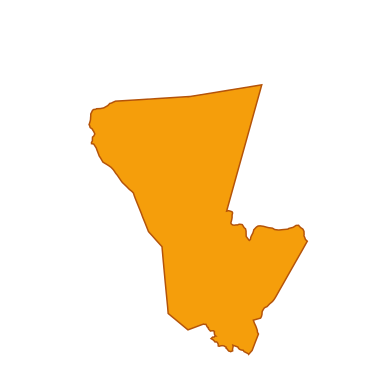 Santa María Temaxcaltepec, Oaxaca, Mexico, rotated 26°
{"feature_id": "50627088B79749806486423", "entity_name": "Santa María Temaxcaltepec", "entity_type": "district", "adm_level": 2, "iso_a3": "MEX", "parent_name": "Mexico", "parent_adm1": "Oaxaca", "projection": "mercator", "projection_center": [-97.173, 16.168], "detail": "fine", "context": "isolated", "style": "filled", "palette": "amber", "viewbox_px": 384, "rotation_deg": 26, "n_neighbors": 0, "source": "geoboundaries", "source_scale": "gbopen_adm2", "svg_char_len": 3019}
<svg xmlns="http://www.w3.org/2000/svg" viewBox="0 0 384 384"><g transform="rotate(26 192 192)"><path d="M147.3,107.6L100.4,134.3L83.4,143.9L81.3,146.4L80.8,147.2L79.9,148.0L79.3,148.4L78.9,149.8L78.4,151.3L75.8,155.1L73.3,157.0L72.3,157.6L69.7,159.0L69.0,160.1L67.7,160.7L66.8,162.1L66.8,166.3L67.7,168.1L68.1,169.2L69.0,171.3L69.4,172.8L70.0,176.7L70.6,176.9L72.2,178.7L74.9,179.2L76.1,180.2L76.9,180.5L79.2,182.4L79.2,184.7L78.5,186.3L80.1,189.9L79.9,191.5L80.3,192.1L80.5,192.6L82.6,192.0L86.6,194.4L88.1,195.9L89.1,196.8L92.8,200.3L95.3,201.8L96.3,202.5L98.9,204.2L103.5,204.6L105.4,204.8L108.4,205.3L110.3,206.0L111.6,206.5L113.2,207.4L115.2,208.6L117.6,209.7L119.7,210.9L123.0,212.8L124.1,213.4L125.3,214.0L130.6,215.7L134.5,217.1L137.7,217.8L139.8,218.6L141.7,220.6L143.8,222.6L155.9,233.5L158.8,236.3L163.3,240.3L170.2,246.6L171.5,247.2L175.6,248.8L180.6,250.9L189.0,254.3L195.8,265.6L207.1,284.2L220.6,306.2L223.8,311.6L224.9,311.9L235.7,314.5L248.8,317.7L257.5,308.5L260.3,305.6L261.0,305.6L262.5,304.8L264.3,306.2L265.1,306.7L266.0,306.7L266.5,307.6L267.3,308.0L268.3,308.4L269.5,308.9L270.7,308.0L272.2,307.3L273.4,307.7L273.5,308.4L274.8,310.3L275.5,310.7L276.1,310.9L276.5,311.0L276.0,311.3L275.6,312.0L275.4,312.8L274.1,313.4L273.4,315.4L273.7,315.4L276.1,315.7L277.4,316.2L278.5,316.7L279.6,316.0L280.5,316.1L281.9,316.9L282.4,317.6L283.1,318.9L284.1,318.7L285.3,317.6L286.6,316.8L287.5,316.5L288.3,316.3L289.1,316.4L290.5,316.6L290.9,316.5L291.2,317.5L292.2,317.6L293.7,318.4L294.6,318.8L295.2,318.8L295.9,318.6L296.7,318.6L296.8,318.5L298.2,316.9L297.6,316.0L297.3,315.3L296.6,312.6L295.9,311.8L301.1,311.2L302.5,312.2L303.6,312.5L304.9,312.5L306.3,312.2L307.4,311.8L308.7,312.6L313.6,312.7L314.1,313.1L315.5,308.0L314.7,299.2L314.0,290.5L313.1,289.9L312.2,289.3L311.6,288.1L310.7,287.1L309.3,285.7L307.9,284.4L306.5,283.3L305.3,282.3L303.3,280.3L308.9,275.3L309.0,273.6L308.6,271.5L307.5,268.8L307.5,267.8L307.7,265.0L308.3,263.7L309.7,262.1L310.9,258.3L311.3,257.4L311.9,256.2L312.6,254.1L313.0,251.9L313.2,249.9L313.4,246.9L313.7,241.5L314.1,235.6L314.6,227.2L315.5,212.9L316.6,196.0L317.1,187.1L317.2,185.7L316.3,185.4L314.7,184.9L313.1,183.3L311.8,182.3L311.5,181.3L310.7,179.8L309.9,178.3L308.0,176.8L307.0,176.6L305.4,176.4L303.6,175.8L302.4,175.2L300.2,176.4L298.4,179.4L294.9,182.4L294.4,183.4L289.6,186.3L287.6,187.6L286.3,188.3L282.7,189.5L281.3,189.3L279.9,189.3L276.8,190.4L275.0,190.8L271.3,191.5L270.1,191.9L268.2,192.5L266.3,193.6L265.3,195.2L264.9,196.3L264.1,199.0L264.4,200.1L264.7,202.3L264.6,205.2L264.7,207.0L265.3,209.1L264.7,210.4L263.7,210.0L260.2,208.2L259.6,207.1L258.3,204.6L257.7,203.4L256.2,201.6L254.7,201.3L251.5,199.3L250.3,199.6L248.5,200.3L247.2,201.8L246.1,202.2L244.6,203.3L243.1,203.8L241.6,203.6L240.5,202.9L240.1,200.7L239.8,199.4L239.3,197.6L238.1,195.0L237.7,193.0L236.6,192.2L234.9,192.4L232.9,192.8L231.5,194.0L224.2,154.5L217.7,119.1L212.9,93.3L208.7,70.4L207.7,65.1L147.3,107.8L147.3,107.6Z" fill="#f59e0b" stroke="#b45309" stroke-width="1.5"/></g></svg>